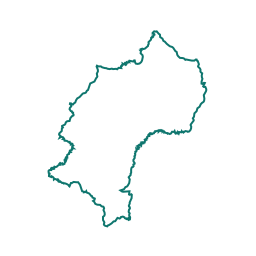 Otanche, Boyacá, Colombia (Mercator projection), rotated 12°
{"feature_id": "7082276B30571260064971", "entity_name": "Otanche", "entity_type": "district", "adm_level": 2, "iso_a3": "COL", "parent_name": "Colombia", "parent_adm1": "Boyacá", "projection": "mercator", "projection_center": [-74.209, 5.744], "detail": "fine", "context": "isolated", "style": "outline", "palette": "teal", "viewbox_px": 256, "rotation_deg": 12, "n_neighbors": 0, "source": "geoboundaries", "source_scale": "gbopen_adm2", "svg_char_len": 5854}
<svg xmlns="http://www.w3.org/2000/svg" viewBox="0 0 256 256"><g transform="rotate(12 128 128)"><path d="M148.9,217.0L148.7,215.1L148.2,214.2L147.7,214.1L147.2,212.9L147.4,211.1L146.4,210.4L146.0,209.4L146.0,207.5L146.6,206.5L146.2,205.1L145.3,204.6L145.0,203.9L145.4,201.4L145.1,200.5L146.1,195.9L145.6,192.5L145.0,192.1L143.5,193.0L142.8,192.8L142.6,189.6L136.8,191.3L135.5,191.4L133.6,190.6L136.8,188.7L137.8,186.3L139.0,185.6L139.7,184.5L140.6,181.7L140.4,177.9L138.9,176.0L140.4,173.3L140.0,172.2L140.4,171.2L139.7,167.9L139.7,166.4L140.1,165.5L140.8,165.2L141.4,164.2L140.8,162.6L141.9,161.6L141.8,160.9L140.3,159.5L139.9,158.1L140.8,155.8L140.2,154.5L140.5,154.4L140.7,152.7L140.1,151.5L140.5,150.6L140.1,149.6L141.0,149.0L140.9,147.7L140.6,146.9L141.3,147.3L141.7,146.5L142.7,146.3L142.7,145.8L142.0,145.3L142.9,144.7L142.3,144.2L141.4,144.4L141.5,143.9L140.9,143.7L141.7,143.0L142.1,143.1L142.3,142.2L142.9,142.0L143.8,142.4L143.6,141.9L144.1,141.8L144.0,141.3L143.6,141.2L143.6,140.3L144.0,139.9L144.3,140.3L144.2,139.4L145.1,139.7L145.2,140.3L146.3,139.8L145.8,138.8L147.3,138.6L147.2,137.4L147.6,136.8L146.8,135.9L147.2,135.5L148.3,135.5L148.1,135.0L148.3,134.2L148.9,134.1L148.6,132.7L149.4,132.0L149.4,131.5L150.6,131.4L150.6,131.0L149.5,130.2L150.7,128.4L151.2,128.4L151.0,129.2L152.0,129.2L152.2,128.6L152.9,128.9L153.5,128.4L153.6,128.0L154.5,127.7L154.6,126.7L155.3,126.3L155.3,125.4L156.3,125.3L157.4,124.5L158.6,124.7L158.7,125.2L159.1,124.6L159.0,123.6L160.2,123.6L160.7,123.1L161.0,123.2L161.1,123.9L162.1,123.4L162.4,124.4L162.8,123.8L163.7,123.7L164.3,124.9L164.8,124.4L165.3,124.8L167.1,125.0L167.6,124.8L168.0,125.3L168.6,124.9L170.1,125.2L171.2,124.4L171.9,122.5L173.8,122.3L174.2,121.3L175.4,123.4L175.9,123.6L176.4,122.5L177.5,122.9L177.6,121.7L178.8,122.9L179.0,121.3L181.1,121.1L181.2,120.2L181.7,120.8L182.5,120.2L183.2,120.9L184.7,119.1L186.6,119.0L187.3,119.3L188.6,118.6L189.5,117.0L189.8,115.2L189.5,113.3L188.7,112.3L188.6,111.6L190.7,107.1L190.6,106.5L189.4,105.0L190.2,103.2L189.9,99.9L191.6,97.3L191.8,94.3L193.6,92.3L194.2,89.6L195.2,88.0L196.4,86.8L196.8,85.6L196.6,83.4L195.3,80.1L196.6,76.0L196.7,74.6L196.4,73.6L195.1,71.7L193.7,72.1L192.9,71.7L193.8,68.0L192.9,68.0L191.6,69.4L190.7,69.3L190.3,67.2L190.6,64.4L189.8,63.2L189.2,61.4L189.2,59.1L187.6,58.3L187.0,57.5L186.8,55.9L186.0,54.8L183.9,53.5L183.7,53.1L184.1,50.9L182.3,48.0L181.5,47.8L180.9,46.8L180.1,46.9L178.9,48.3L176.4,48.8L170.7,48.9L169.9,49.4L168.7,48.5L167.2,48.2L164.2,48.6L162.1,47.3L161.0,46.2L159.8,43.5L158.3,42.9L155.6,40.2L154.5,39.6L151.8,39.3L148.4,37.6L146.1,35.9L144.5,35.4L143.1,33.4L140.6,32.4L139.8,30.0L138.4,29.4L136.0,27.5L135.4,27.9L133.5,28.0L132.3,29.8L132.4,30.3L133.0,29.9L134.4,30.9L134.5,31.3L133.7,31.9L133.7,33.5L133.5,33.8L133.1,33.2L132.7,33.3L132.5,34.5L131.9,34.9L132.1,36.8L130.2,39.8L130.8,41.4L130.4,42.4L130.5,43.6L128.1,46.8L126.6,47.6L125.5,47.4L124.2,48.2L124.9,49.0L123.9,49.5L124.7,50.1L124.8,52.3L127.1,53.8L127.7,55.3L127.7,59.1L127.2,60.8L125.9,62.5L124.2,63.3L122.3,63.4L121.4,62.5L120.5,60.5L119.9,60.6L119.3,61.9L115.4,61.9L115.2,62.6L115.5,63.2L114.6,63.0L114.4,64.1L113.9,64.4L112.9,63.9L112.5,64.7L111.6,64.9L111.7,65.5L113.0,66.3L112.7,66.8L111.4,66.2L110.5,66.4L109.5,66.1L110.0,67.1L109.1,67.4L109.1,68.6L108.5,68.6L108.3,69.0L108.3,69.9L108.9,70.8L106.3,71.1L105.2,72.8L104.0,72.6L101.1,73.5L99.9,73.3L97.8,74.2L95.6,74.3L94.4,74.0L92.9,74.2L90.0,74.0L88.7,73.4L86.3,73.9L84.7,73.5L84.5,74.4L86.4,77.3L86.8,78.9L86.2,81.3L87.3,84.0L87.0,85.0L86.5,85.8L85.5,89.5L81.8,92.3L81.0,99.1L80.0,100.1L79.5,102.0L78.4,102.9L77.2,103.3L76.5,103.9L74.2,107.8L72.2,109.6L71.4,111.7L71.1,114.0L69.9,115.2L69.4,116.4L68.8,116.6L67.3,115.8L66.2,115.9L66.2,116.7L67.4,117.1L68.0,118.6L67.0,120.3L66.9,121.7L68.5,123.3L69.7,123.4L70.1,124.4L71.1,124.4L71.2,125.2L72.1,126.5L72.0,127.1L70.8,128.0L69.6,130.2L69.4,133.3L67.1,134.0L66.0,135.4L65.9,136.9L65.4,137.9L63.1,139.7L63.2,140.2L64.2,141.1L63.4,142.0L63.8,144.7L61.9,147.6L62.0,148.9L63.6,149.8L63.2,151.7L64.6,150.5L66.4,150.6L67.4,151.5L66.7,152.4L68.2,152.5L68.6,153.6L70.9,153.3L72.5,154.0L73.8,153.7L74.0,154.7L75.1,154.8L75.4,155.9L76.2,155.1L76.8,155.0L77.1,155.3L76.8,156.0L78.1,156.7L77.3,157.6L77.3,158.4L78.8,159.2L78.0,159.3L77.9,160.2L77.4,160.3L77.5,161.5L76.1,161.9L75.8,162.3L75.9,162.8L77.0,163.6L75.5,164.3L75.7,165.7L74.7,166.3L74.1,167.1L74.8,169.6L74.4,169.7L73.7,169.2L73.4,169.5L73.2,170.7L74.2,170.9L74.4,171.3L74.1,173.0L73.0,172.2L72.6,172.5L72.9,173.4L73.9,174.0L73.2,175.5L73.3,176.3L72.0,177.3L71.0,176.2L70.2,176.8L68.9,176.3L68.3,177.3L69.1,178.1L68.5,178.2L67.2,179.4L66.2,180.9L65.3,181.1L64.8,181.5L64.0,181.2L63.7,182.0L64.3,183.2L64.1,183.4L62.8,183.7L62.3,182.7L61.9,182.7L61.1,183.5L61.6,185.1L59.8,185.5L59.2,186.6L59.8,188.5L60.7,188.8L60.5,189.5L60.8,189.8L60.5,190.4L60.7,191.5L63.1,191.9L63.2,191.1L64.6,191.5L65.7,192.2L66.2,193.8L66.7,193.2L67.7,193.0L69.6,193.7L69.5,192.9L70.0,192.7L70.8,193.3L70.8,194.2L71.2,194.2L71.4,194.9L72.3,194.9L72.1,194.5L72.6,194.2L75.0,195.5L75.7,195.1L76.8,195.7L77.5,195.2L79.7,195.5L82.5,196.5L82.5,197.1L82.9,197.3L83.6,193.7L84.5,193.5L86.0,192.1L89.5,191.7L90.5,191.4L92.9,193.6L96.3,199.4L98.4,199.5L98.4,200.0L99.9,199.4L100.3,198.5L101.0,199.7L103.5,200.1L104.9,201.0L105.7,201.9L106.9,202.1L107.7,203.4L110.2,203.9L110.2,205.2L109.0,206.6L110.4,207.3L111.8,209.0L113.9,209.4L116.7,209.0L118.5,210.1L120.3,210.1L121.3,211.4L121.1,213.4L122.6,215.5L123.2,217.3L123.1,218.7L122.0,220.1L122.7,223.2L124.5,225.2L124.4,227.2L125.0,228.0L126.0,228.4L128.2,228.5L128.6,227.5L129.7,226.8L131.8,224.7L133.3,222.4L134.9,221.8L136.4,218.1L138.7,218.3L139.4,217.5L139.6,216.6L141.4,215.7L143.1,216.1L143.6,216.8L144.4,217.1L145.1,216.8L145.6,217.4L146.6,217.4L146.5,216.6L147.2,215.9L147.6,216.3L148.0,217.6L148.9,217.0Z" fill="none" stroke="#0f766e" stroke-width="2"/></g></svg>